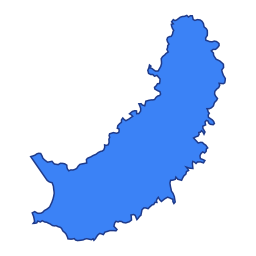 the district of Boa Ventura de São Roque, Paraná, Brazil
{"feature_id": "56859067B13475080868698", "entity_name": "Boa Ventura de São Roque", "entity_type": "district", "adm_level": 2, "iso_a3": "BRA", "parent_name": "Brazil", "parent_adm1": "Paraná", "projection": "robinson", "projection_center": [-51.567, -24.83], "detail": "fine", "context": "isolated", "style": "filled", "palette": "blue", "viewbox_px": 256, "rotation_deg": 0, "n_neighbors": 0, "source": "geoboundaries", "source_scale": "gbopen_adm2", "svg_char_len": 4699}
<svg xmlns="http://www.w3.org/2000/svg" viewBox="0 0 256 256"><path d="M148.9,67.8L147.8,70.3L148.6,73.4L150.7,74.5L152.8,74.5L154.5,76.2L156.9,75.4L158.5,77.2L160.0,78.9L159.9,81.5L159.5,83.5L157.5,83.7L156.3,85.7L154.5,87.3L154.8,89.0L157.7,90.7L159.9,91.6L160.6,94.1L159.6,95.5L157.7,96.0L156.0,97.4L154.6,99.5L153.0,99.9L151.2,99.9L148.9,100.3L145.8,101.2L145.3,103.7L144.7,105.8L142.3,105.0L141.1,103.7L138.9,103.8L140.0,106.3L140.7,108.5L140.6,111.1L138.8,113.6L136.7,113.7L136.5,110.9L134.8,110.7L132.4,111.4L129.5,113.8L131.5,115.0L132.7,116.3L130.8,117.6L129.0,119.0L125.9,120.7L124.1,119.5L122.8,118.0L121.5,119.8L121.4,122.3L119.6,123.7L117.8,125.7L117.3,128.3L118.9,128.8L119.2,130.7L118.7,132.5L116.6,133.3L113.4,132.6L109.6,133.8L109.1,135.6L109.7,137.3L108.9,139.2L109.1,142.4L108.2,144.8L106.2,145.4L104.6,144.9L104.7,147.3L103.8,149.9L102.2,151.1L100.6,151.4L98.3,152.5L96.0,154.3L93.1,155.5L90.8,156.9L89.0,157.6L87.5,158.3L86.4,159.6L86.7,163.0L84.2,163.5L82.0,163.9L79.9,164.4L78.3,166.0L76.7,168.4L75.1,169.3L73.0,170.0L70.8,169.9L68.8,170.8L67.5,169.1L66.9,167.3L66.8,165.2L64.7,163.8L62.8,163.4L60.4,163.3L58.2,164.6L56.2,164.3L54.4,164.0L53.2,162.8L52.0,161.3L49.6,161.8L47.6,162.2L46.0,161.0L44.3,159.7L42.8,158.1L42.1,156.1L40.7,153.5L38.7,153.3L36.9,153.8L35.3,155.0L33.4,155.8L30.7,156.6L47.1,180.3L48.8,181.6L50.4,182.3L52.1,182.7L53.4,186.2L53.7,189.1L54.0,191.1L54.2,193.3L53.7,196.2L53.0,199.0L51.9,202.2L50.8,204.5L49.7,206.9L47.9,208.4L46.5,209.4L44.4,210.5L42.7,212.3L41.0,213.2L39.4,213.3L37.7,213.3L34.7,211.6L32.2,212.9L33.6,216.5L34.1,218.8L34.6,221.5L33.2,223.4L34.8,223.3L36.7,222.9L37.8,221.1L40.4,222.0L42.2,220.7L44.7,222.0L46.8,222.3L48.2,223.1L50.1,223.9L52.4,225.5L54.4,225.9L56.1,225.7L58.1,226.7L60.5,227.4L61.7,228.7L62.9,231.0L65.0,232.8L66.1,234.1L67.4,236.9L68.0,238.9L70.1,239.1L72.0,239.1L74.3,238.6L75.5,240.0L77.5,240.6L80.4,240.3L83.1,239.9L84.9,239.1L86.7,238.7L89.2,239.2L91.4,239.7L93.1,238.8L93.9,240.3L95.5,238.6L96.4,237.0L97.8,235.0L99.7,233.4L101.9,234.0L103.3,234.6L105.0,232.1L107.4,231.4L109.8,230.6L113.8,230.6L116.0,230.8L117.0,229.5L115.3,227.7L113.9,226.3L114.7,223.0L116.0,221.3L118.1,222.0L119.5,221.3L121.6,221.5L123.1,222.5L125.8,222.9L129.4,221.7L131.5,220.0L131.3,217.1L131.0,215.0L133.7,214.5L135.2,215.4L136.9,219.6L138.0,218.4L139.7,216.2L140.9,215.3L141.4,212.7L142.0,209.7L143.9,207.9L145.7,207.9L148.1,208.7L149.7,207.0L152.2,204.8L153.7,204.5L155.0,202.3L156.9,202.4L156.4,200.6L157.1,198.9L158.3,197.3L159.6,199.6L161.4,201.5L164.6,198.9L167.6,197.2L169.9,198.0L171.4,198.8L172.9,199.3L172.9,201.6L173.9,203.5L175.2,202.0L174.7,199.1L174.3,196.6L173.1,193.5L171.4,191.0L171.0,188.9L170.5,186.8L169.9,183.0L170.6,180.3L173.0,180.1L175.3,179.3L175.9,177.1L177.8,179.3L179.4,179.7L181.6,180.3L182.8,177.7L184.0,175.7L185.8,174.2L186.5,171.5L188.6,170.5L187.7,168.8L186.3,167.1L189.7,168.2L192.9,168.5L192.4,163.3L192.8,161.4L194.3,162.0L196.0,163.5L197.4,162.0L200.5,161.9L203.5,162.9L204.9,160.5L202.8,159.5L200.4,158.6L199.9,155.9L200.9,153.6L202.8,151.9L204.6,153.0L206.1,151.4L206.4,148.9L207.7,147.9L205.8,145.2L203.6,143.7L202.5,142.5L200.7,142.3L198.2,143.0L194.9,139.4L193.6,138.0L195.6,136.9L198.0,136.1L199.1,134.4L198.8,132.5L200.5,132.1L201.5,130.7L202.9,132.0L204.0,134.2L205.0,132.0L204.0,130.3L202.9,128.4L202.8,126.2L205.6,124.9L205.0,122.0L206.4,120.4L207.9,120.9L208.9,123.2L210.3,124.3L213.2,124.7L214.4,123.5L213.6,121.4L212.3,119.9L210.4,118.6L208.4,117.3L208.2,115.0L209.3,113.2L208.2,112.0L207.8,110.3L207.0,108.7L209.4,108.7L211.4,107.8L213.4,105.9L214.2,103.2L215.1,101.8L216.5,100.5L217.5,98.5L215.7,96.3L214.6,94.1L214.8,91.4L216.8,89.0L218.7,87.6L219.7,85.3L219.1,83.3L221.2,83.5L223.3,83.7L224.7,82.8L225.1,80.9L225.3,78.5L223.4,75.4L222.3,72.4L221.7,70.0L223.6,67.5L223.4,64.2L221.8,62.7L220.0,61.1L218.1,60.1L216.2,59.3L214.4,56.7L213.6,55.2L213.4,53.0L211.3,50.9L213.1,49.4L215.5,49.4L217.6,47.6L219.1,45.6L219.0,43.6L217.7,42.4L216.4,41.5L214.3,41.1L212.1,41.8L209.5,41.6L207.9,40.9L205.9,40.3L205.6,37.9L207.3,35.4L207.4,32.9L207.3,30.4L206.3,28.7L204.1,26.9L203.4,23.5L202.1,21.4L200.2,20.0L197.5,19.6L194.9,20.4L193.2,19.5L192.3,15.8L190.5,15.7L188.4,17.0L186.8,15.4L184.4,16.4L182.4,16.5L180.3,17.2L176.6,20.0L174.9,20.6L173.3,19.6L171.6,21.8L173.3,23.8L171.3,24.3L171.7,26.4L172.5,28.5L173.7,30.4L172.9,32.0L172.5,34.2L171.2,36.4L169.4,36.6L167.6,37.6L166.9,39.6L167.5,41.7L168.9,44.1L167.7,45.6L167.6,47.6L166.9,49.4L168.2,52.0L165.9,53.6L164.7,55.0L162.6,56.6L161.2,58.7L161.5,61.9L161.5,63.8L160.7,66.5L159.4,68.8L158.1,71.0L155.5,71.1L153.9,70.0L151.5,68.2L148.9,67.8ZM148.9,67.8L150.9,66.1L149.5,65.0L148.9,67.8Z" fill="#3b82f6" stroke="#1e3a8a" stroke-width="1.5"/></svg>